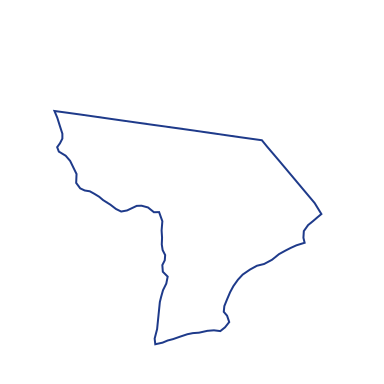 the district of Extremoz, Rio Grande do Norte, Brazil, rotated 62°
{"feature_id": "56859067B66024700668503", "entity_name": "Extremoz", "entity_type": "district", "adm_level": 2, "iso_a3": "BRA", "parent_name": "Brazil", "parent_adm1": "Rio Grande do Norte", "projection": "mercator", "projection_center": [-35.258, -5.677], "detail": "fine", "context": "isolated", "style": "outline", "palette": "blue", "viewbox_px": 384, "rotation_deg": 62, "n_neighbors": 0, "source": "geoboundaries", "source_scale": "gbopen_adm2", "svg_char_len": 1218}
<svg xmlns="http://www.w3.org/2000/svg" viewBox="0 0 384 384"><g transform="rotate(62 192 192)"><path d="M55.9,275.4L63.3,276.1L71.3,277.6L79.7,279.1L84.0,281.4L87.0,285.7L89.1,290.0L93.8,290.6L100.7,286.5L107.3,285.0L121.9,285.5L129.6,290.0L136.3,289.0L140.3,286.0L143.4,281.9L147.7,279.1L152.6,276.2L157.4,274.3L164.9,270.0L171.3,267.1L176.0,263.7L177.8,258.0L178.3,247.3L180.4,243.0L185.0,238.1L192.0,235.1L194.3,230.5L203.9,231.9L211.7,236.9L218.3,239.9L224.1,243.3L229.5,245.2L235.1,245.3L239.5,248.1L242.6,252.5L248.7,255.2L255.3,253.2L260.8,257.7L265.1,263.7L270.0,268.4L274.0,272.0L296.7,287.2L303.9,293.8L309.2,295.9L311.2,288.7L311.7,283.2L313.0,277.8L314.2,270.0L315.4,262.9L317.0,257.5L319.5,251.9L321.8,243.6L324.4,237.6L328.1,232.3L327.0,226.4L324.3,220.2L317.7,219.1L312.7,220.2L307.9,217.0L303.3,211.5L298.3,205.3L294.5,199.6L291.0,192.6L288.7,186.0L287.7,177.1L287.6,169.3L289.4,162.2L289.4,153.2L287.7,144.3L287.6,137.0L287.7,131.1L288.1,124.8L289.7,116.4L284.7,115.1L279.0,111.6L275.7,105.0L274.5,98.8L273.2,93.0L272.2,88.1L259.3,88.9L204.4,100.6L187.2,104.4L179.1,106.0L166.0,124.1L134.6,167.0L113.1,196.7L96.6,219.4L71.1,254.3L55.9,275.4Z" fill="none" stroke="#1e3a8a" stroke-width="2"/></g></svg>